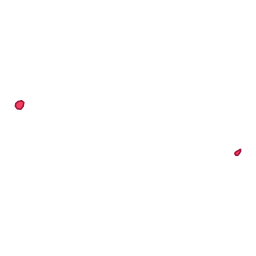 map outline of Niuas (Robinson projection)
{"feature_id": "TON-4947", "entity_name": "Niuas", "entity_type": "state/province", "adm_level": 1, "iso_a3": "TON", "parent_name": "Tonga", "parent_adm1": "", "projection": "robinson", "projection_center": [-174.598, -15.768], "detail": "fine", "context": "isolated", "style": "filled", "palette": "rose", "viewbox_px": 256, "rotation_deg": 0, "n_neighbors": 0, "source": "natural_earth", "source_scale": "10m", "svg_char_len": 364}
<svg xmlns="http://www.w3.org/2000/svg" viewBox="0 0 256 256"><path d="M21.6,100.7L23.8,102.5L23.2,106.2L20.8,109.2L17.4,108.8L15.4,106.3L15.7,103.7L17.9,101.6L21.6,100.7ZM238.6,150.5L240.1,149.4L240.6,149.5L240.6,151.2L239.3,153.5L237.7,155.3L235.9,155.3L234.9,153.9L235.0,152.9L236.2,151.7L238.6,150.5Z" fill="#f43f5e" stroke="#9f1239" stroke-width="1.5"/></svg>